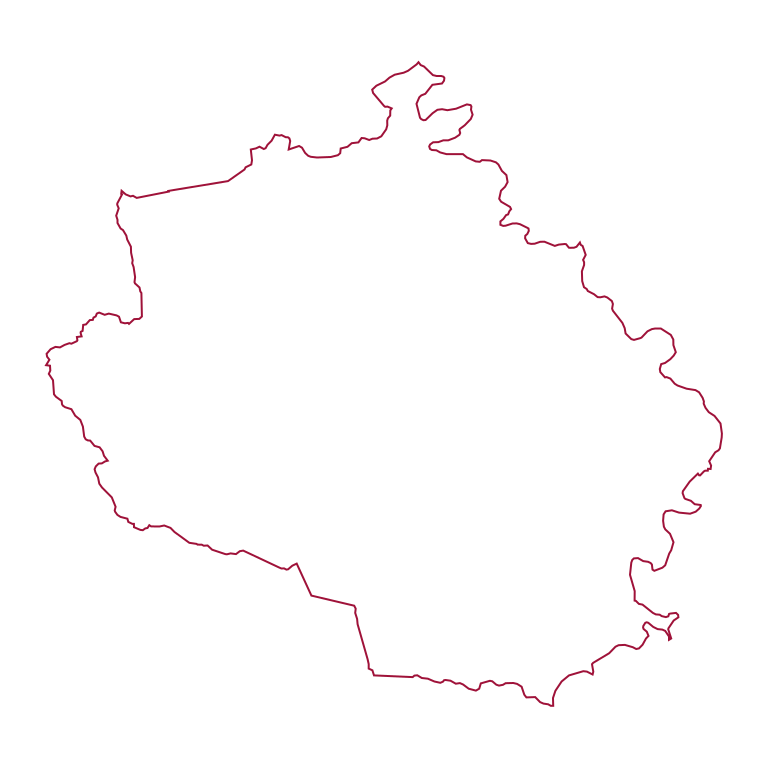 Iffou, N'zi-Comoé, Ivory Coast (Mercator projection)
{"feature_id": "98640826B12556457947993", "entity_name": "Iffou", "entity_type": "district", "adm_level": 2, "iso_a3": "CIV", "parent_name": "Ivory Coast", "parent_adm1": "N'zi-Comoé", "projection": "mercator", "projection_center": [-4.013, 7.499], "detail": "fine", "context": "isolated", "style": "outline", "palette": "rose", "viewbox_px": 768, "rotation_deg": 0, "n_neighbors": 0, "source": "geoboundaries", "source_scale": "gbopen_adm2", "svg_char_len": 6051}
<svg xmlns="http://www.w3.org/2000/svg" viewBox="0 0 768 768"><path d="M54.0,394.3L55.9,396.7L61.7,401.0L62.0,404.2L62.8,405.6L65.1,407.2L71.4,409.2L75.2,415.7L80.3,419.9L82.9,426.6L84.2,436.6L85.7,439.3L87.8,440.4L90.2,440.6L94.5,445.9L99.6,447.3L102.6,451.3L104.0,455.8L107.7,460.7L105.1,461.4L101.8,463.4L98.6,463.6L95.8,466.4L94.6,469.2L95.5,472.5L98.0,477.3L99.3,483.7L102.0,487.5L111.8,497.4L115.6,506.8L114.7,510.4L115.1,511.7L117.4,514.9L120.5,516.9L127.4,518.7L128.3,521.9L132.4,523.9L133.9,523.9L134.0,527.2L140.4,529.9L142.8,530.2L145.3,528.4L147.5,528.0L149.3,525.2L151.1,526.4L159.4,526.5L164.2,525.5L170.5,527.9L174.5,532.0L189.3,542.8L196.6,543.9L197.5,544.6L201.8,544.7L203.7,545.7L207.6,545.5L212.1,549.7L225.3,554.1L226.9,554.3L230.6,553.4L236.0,554.1L239.8,551.2L243.2,550.6L278.9,567.4L281.4,568.5L284.1,568.4L286.4,569.6L288.1,569.3L292.3,565.7L296.7,563.6L311.4,595.6L354.2,605.7L355.7,608.7L355.2,612.9L357.1,618.9L357.6,624.2L367.6,659.2L368.7,664.1L368.7,668.6L372.4,670.3L374.0,675.4L412.7,677.1L414.4,675.6L417.3,675.3L421.8,678.0L427.9,678.7L434.4,681.5L440.3,682.8L442.9,681.7L444.1,680.2L445.6,680.0L450.5,680.7L455.8,683.7L459.9,683.1L463.1,684.5L468.7,688.7L475.9,690.6L479.2,688.7L480.8,683.4L489.9,680.8L492.3,681.3L496.3,684.7L499.0,685.6L503.0,684.8L505.6,683.2L513.3,683.0L517.1,683.9L521.6,686.7L524.3,694.7L526.4,697.4L535.2,697.1L540.1,702.1L543.5,703.6L548.2,704.3L550.8,705.8L553.2,705.8L553.0,698.0L555.4,690.8L561.6,681.5L569.0,675.4L583.3,671.2L586.9,671.6L592.6,674.5L593.3,671.7L592.0,664.2L593.2,662.8L609.2,653.2L615.5,646.7L618.6,645.2L624.9,644.9L632.8,647.2L636.2,649.0L639.0,648.4L642.6,644.7L646.0,638.5L648.5,635.9L646.8,631.7L643.6,629.0L643.1,627.6L643.3,626.0L645.3,622.8L646.7,622.3L648.3,622.8L653.2,626.9L657.6,629.1L662.4,629.6L665.2,630.9L669.0,636.5L669.0,639.8L671.2,638.5L668.2,629.2L668.5,628.2L673.7,620.5L678.4,617.3L678.1,614.9L676.0,612.9L670.1,613.6L669.1,613.9L668.3,616.3L665.9,617.1L661.7,616.1L659.7,614.7L655.8,614.4L652.9,612.9L642.5,604.6L638.9,603.9L635.9,600.9L634.6,600.6L634.7,591.1L630.0,574.8L631.3,562.6L632.3,559.9L633.9,558.4L638.0,558.1L643.2,561.1L648.1,561.8L650.6,563.0L651.9,564.5L652.5,569.6L654.3,570.8L662.4,567.7L665.2,565.3L669.2,553.6L671.2,550.2L673.5,542.2L670.0,533.8L665.3,529.4L663.9,526.7L663.1,520.8L663.6,514.4L665.6,511.3L671.9,510.3L679.0,512.6L690.1,513.7L695.7,511.7L699.3,508.5L700.9,506.0L700.7,505.0L694.7,504.2L690.9,500.8L685.3,498.9L684.4,498.0L682.6,493.1L682.9,491.2L689.7,481.6L697.9,473.6L699.1,475.3L700.1,475.4L703.9,471.4L705.1,470.7L707.8,470.7L708.0,468.8L710.6,469.0L711.1,465.6L709.2,461.2L715.2,452.3L718.5,450.3L719.9,448.4L721.7,437.4L721.9,433.5L720.5,423.5L714.5,415.9L708.8,412.2L705.5,407.8L703.7,403.7L703.9,401.4L702.6,397.8L699.1,392.3L695.5,390.1L686.6,388.7L677.5,385.5L674.7,383.7L670.4,378.6L666.6,377.1L665.0,377.4L660.3,372.1L659.8,369.0L661.2,364.1L665.0,363.0L670.3,359.2L673.7,355.6L675.8,352.2L673.4,345.1L673.3,339.5L670.8,334.9L660.8,328.5L655.2,328.5L651.9,329.1L647.5,331.3L641.5,337.6L640.1,338.2L634.0,339.9L631.3,339.1L625.6,333.5L624.7,328.2L622.4,322.9L612.9,310.7L612.1,308.6L612.9,304.0L611.9,301.1L607.3,297.5L604.5,296.4L600.3,297.3L597.6,297.1L594.0,294.2L587.8,291.0L586.7,289.0L584.0,287.2L582.2,281.1L581.9,271.3L584.1,265.0L584.1,262.2L583.1,259.9L585.7,254.9L582.6,246.0L580.7,244.8L579.9,242.5L576.5,246.8L574.0,247.7L570.2,247.8L568.9,247.7L566.1,244.2L564.8,244.0L558.8,244.6L554.8,245.9L544.4,241.7L540.2,241.8L534.7,243.7L531.1,243.9L527.8,243.1L525.1,238.3L525.3,235.7L527.3,234.0L528.8,230.9L528.5,228.5L527.7,228.0L520.0,224.2L516.7,223.4L512.5,223.5L505.6,225.7L503.2,225.9L500.4,224.8L500.4,221.4L503.4,218.9L506.1,215.1L508.1,214.4L509.3,211.3L511.1,209.1L510.0,206.9L501.1,201.7L499.2,198.8L501.0,190.7L505.1,186.7L507.6,182.1L506.4,175.1L501.9,170.9L498.4,164.5L495.9,162.3L490.4,160.5L482.0,160.1L479.8,161.8L475.7,161.4L466.9,157.4L462.9,154.1L446.4,154.1L440.1,152.4L436.4,150.3L431.9,150.0L430.0,148.9L429.2,146.4L430.1,144.5L433.1,142.3L438.4,142.1L443.4,140.3L448.3,140.3L455.1,137.7L459.4,134.8L460.2,133.0L459.4,130.0L459.9,128.9L464.7,125.3L470.8,119.0L472.6,114.7L471.0,109.7L471.4,106.5L470.6,105.1L466.9,104.4L456.1,108.7L447.4,110.2L442.1,109.2L437.4,109.8L432.6,113.2L425.6,120.0L423.4,120.2L421.2,119.1L420.0,117.7L416.5,103.8L419.3,97.3L421.3,95.4L425.3,93.8L432.4,84.8L442.0,83.5L444.0,80.7L444.4,78.0L443.5,76.7L441.2,76.0L436.6,76.0L432.9,75.1L424.0,66.5L420.7,65.1L418.5,62.2L416.6,64.4L408.0,70.8L403.7,72.7L394.7,74.7L389.5,77.6L385.0,81.5L376.4,85.7L372.2,89.6L373.1,93.0L384.0,105.9L385.1,106.8L387.5,106.6L391.7,108.4L390.3,110.4L390.2,115.6L387.9,118.3L387.2,120.6L387.3,125.3L386.2,129.3L381.3,136.3L377.1,138.5L372.5,138.7L369.2,140.0L364.7,138.3L361.6,138.0L358.4,142.4L351.7,143.2L347.5,146.8L340.7,148.5L340.2,153.2L337.9,155.2L330.8,157.0L317.0,157.5L310.8,156.8L308.2,155.8L305.1,152.9L302.0,147.7L299.1,146.0L288.7,149.5L290.2,141.0L289.4,138.4L288.0,137.3L285.7,137.2L281.6,135.1L279.5,135.6L274.9,134.7L271.6,140.7L267.5,144.8L265.6,148.2L263.8,149.0L259.5,146.7L255.9,148.4L250.8,149.5L252.0,160.3L251.3,164.5L245.6,167.3L244.5,169.5L228.0,181.1L168.4,190.9L168.7,191.6L136.7,197.9L133.0,195.8L130.5,196.4L125.7,194.4L121.6,190.8L121.2,193.9L122.1,194.3L117.3,203.4L117.2,204.7L118.7,208.3L116.2,215.7L117.5,219.8L117.5,223.0L120.6,228.5L123.0,230.1L126.3,235.6L127.2,239.5L130.9,246.7L131.1,252.8L132.7,260.3L132.2,263.2L133.6,267.0L135.1,277.1L134.5,282.1L135.0,283.4L139.5,287.5L140.3,291.4L141.4,293.0L141.9,316.5L139.3,318.9L134.2,319.1L129.0,323.9L128.0,322.9L124.9,323.3L120.9,322.3L119.0,316.7L116.6,315.4L108.8,313.6L104.7,314.8L99.2,312.6L98.3,312.9L96.8,313.6L95.7,316.4L93.5,317.6L92.8,319.9L89.8,320.1L86.0,324.4L83.2,324.9L82.6,330.9L80.8,331.8L80.6,332.9L81.6,336.4L76.9,337.0L77.4,340.3L76.8,341.2L71.4,343.7L69.4,343.2L64.6,344.9L60.0,347.4L55.4,346.9L50.6,349.2L46.6,353.8L47.1,356.7L49.4,359.7L46.1,365.2L50.0,365.7L50.3,370.6L48.8,373.9L53.0,380.2L54.0,394.3Z" fill="none" stroke="#9f1239" stroke-width="2"/></svg>